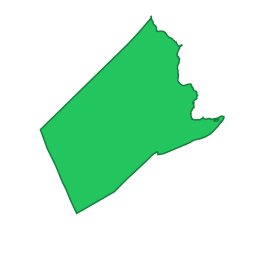 outline of Anoamaa West, Atua, Samoa, rotated 45°
{"feature_id": "51752279B84005486161321", "entity_name": "Anoamaa West", "entity_type": "district", "adm_level": 2, "iso_a3": "WSM", "parent_name": "Samoa", "parent_adm1": "Atua", "projection": "equal_earth", "projection_center": [-171.642, -13.913], "detail": "fine", "context": "isolated", "style": "filled", "palette": "green", "viewbox_px": 256, "rotation_deg": 45, "n_neighbors": 0, "source": "geoboundaries", "source_scale": "gbopen_adm2", "svg_char_len": 2913}
<svg xmlns="http://www.w3.org/2000/svg" viewBox="0 0 256 256"><g transform="rotate(45 128 128)"><path d="M67.2,191.1L85.7,199.7L103.6,205.8L119.0,212.3L128.1,215.4L132.8,217.4L138.3,219.7L152.1,224.7L163.4,182.7L163.3,165.3L164.3,137.6L164.2,134.6L164.3,130.1L164.6,127.3L165.6,124.2L168.1,125.6L171.2,121.2L173.7,115.1L181.6,95.7L182.2,93.9L183.1,90.0L183.5,89.5L185.1,86.9L186.2,85.3L187.7,82.3L188.8,79.9L189.9,76.0L190.5,73.3L190.6,70.3L190.3,63.2L190.0,60.3L189.8,60.2L189.8,59.1L189.5,58.6L189.9,58.2L189.4,57.8L189.4,56.7L189.8,56.2L189.4,55.1L189.1,53.9L188.6,53.0L187.9,52.2L187.4,52.3L186.6,52.9L186.1,53.0L185.6,53.7L185.1,55.4L184.8,56.0L184.4,57.5L184.1,58.2L183.8,59.1L183.8,59.5L184.3,59.6L184.6,59.3L185.0,58.2L185.9,58.1L186.2,58.5L186.3,59.5L185.9,60.4L184.5,61.7L183.8,62.2L183.5,61.8L184.1,60.7L183.3,59.3L182.7,60.1L181.7,61.6L181.4,62.3L180.6,63.3L179.9,63.1L179.6,63.2L178.8,63.8L178.3,64.3L177.5,65.8L176.8,66.6L176.2,67.1L174.4,67.9L173.6,67.5L173.7,68.6L173.4,69.5L173.1,71.3L171.8,72.6L171.0,73.3L170.4,74.2L169.9,74.6L168.3,76.0L167.2,75.9L167.0,76.4L166.6,76.1L165.5,75.8L164.7,75.3L163.0,74.3L162.5,73.8L162.6,73.5L162.3,73.2L162.1,73.3L161.3,72.3L160.9,72.0L160.8,71.4L160.7,70.6L160.7,70.1L160.4,69.6L159.9,68.2L159.8,67.4L160.2,67.2L160.0,66.5L159.7,66.5L158.7,65.6L158.2,65.3L157.8,65.0L156.6,63.3L156.3,63.2L156.1,63.7L156.8,64.4L156.7,64.7L156.1,64.6L155.9,64.1L156.0,63.1L155.4,62.6L155.2,62.1L155.3,61.2L155.7,60.1L155.8,58.9L155.6,58.2L155.0,57.9L154.5,57.3L154.2,55.9L154.1,55.6L153.6,55.5L153.0,55.8L152.7,55.7L152.1,55.0L151.5,54.2L151.0,54.0L150.4,53.9L149.8,54.0L149.1,54.4L147.9,54.8L147.3,54.5L146.7,54.6L146.3,54.2L145.7,53.7L145.1,53.8L144.1,53.7L143.2,53.2L142.4,52.6L141.6,52.5L141.1,52.7L139.5,54.7L139.2,55.2L139.0,55.9L138.4,56.7L138.1,57.5L137.9,58.0L136.8,59.1L135.9,59.6L134.2,59.9L131.8,59.9L131.0,59.7L130.0,59.4L129.0,58.7L126.8,55.5L126.0,55.0L125.5,54.2L124.1,53.8L123.0,52.2L122.5,51.8L121.2,51.3L120.4,50.7L119.5,49.4L118.9,48.8L118.0,46.0L117.2,45.1L116.7,44.4L115.8,42.8L115.4,42.5L115.0,42.7L114.2,42.7L114.0,42.4L113.7,42.6L113.0,42.5L112.9,41.9L112.5,42.2L112.3,42.1L111.5,42.1L111.0,41.6L110.2,40.4L109.5,39.4L108.9,37.8L108.4,36.8L108.2,36.0L108.4,35.5L107.5,34.4L107.2,33.6L107.4,33.0L107.5,32.4L107.8,31.6L107.6,31.3L107.2,31.3L106.9,32.2L106.5,33.8L106.2,34.2L105.7,34.4L104.4,34.3L102.7,33.9L101.3,33.2L100.7,33.8L99.2,33.6L98.1,33.9L97.0,33.7L96.1,33.6L94.5,34.1L93.1,34.8L92.4,34.9L91.8,35.0L91.1,34.8L89.8,34.8L88.5,34.5L87.4,34.4L86.9,34.2L86.1,34.4L85.3,34.4L85.0,34.7L83.7,35.4L83.1,35.9L82.2,36.8L81.4,38.1L80.6,38.6L79.6,38.7L79.5,39.2L78.9,38.6L77.8,37.6L77.4,37.2L75.9,36.4L75.3,36.4L74.0,36.4L72.7,36.6L71.2,35.8L70.7,35.2L70.3,35.1L69.6,35.2L68.9,35.1L68.3,34.5L67.9,34.7L67.6,34.6L66.3,33.2L65.4,32.8L65.4,33.1L66.1,33.4L66.6,33.9L68.0,52.1L68.6,68.5L67.2,191.1Z" fill="#22c55e" stroke="#15803d" stroke-width="1.5"/></g></svg>